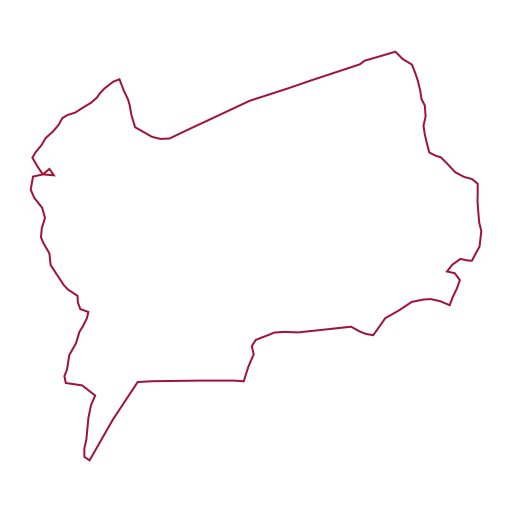 Limoeiro de Anadia, Alagoas, Brazil (Natural Earth projection)
{"feature_id": "56859067B58841982449000", "entity_name": "Limoeiro de Anadia", "entity_type": "district", "adm_level": 2, "iso_a3": "BRA", "parent_name": "Brazil", "parent_adm1": "Alagoas", "projection": "natural_earth1", "projection_center": [-36.471, -9.746], "detail": "fine", "context": "isolated", "style": "outline", "palette": "rose", "viewbox_px": 512, "rotation_deg": 0, "n_neighbors": 0, "source": "geoboundaries", "source_scale": "gbopen_adm2", "svg_char_len": 1678}
<svg xmlns="http://www.w3.org/2000/svg" viewBox="0 0 512 512"><path d="M395.4,51.7L364.4,60.8L359.9,64.3L320.8,77.2L309.4,81.0L287.0,88.7L249.9,100.7L189.2,129.1L169.5,138.5L160.4,138.9L151.9,136.8L135.1,127.2L131.4,115.0L129.7,105.2L128.0,99.4L123.9,90.9L119.5,79.3L113.2,81.7L104.8,88.2L100.3,92.8L96.9,97.6L91.0,102.8L83.1,107.5L75.2,112.6L67.6,115.0L62.3,118.1L58.8,124.6L53.0,131.5L45.6,138.1L41.6,145.0L35.4,152.5L32.4,157.7L37.7,166.8L42.9,174.4L33.0,176.6L30.7,189.7L34.3,197.9L42.1,207.7L45.0,217.9L41.8,228.2L41.0,237.3L43.3,242.9L49.4,253.4L50.6,265.0L63.8,285.1L67.9,289.5L77.5,295.8L77.9,302.4L80.3,309.1L88.4,312.0L86.9,318.2L82.9,326.3L79.4,331.9L76.0,343.3L69.3,355.0L67.0,369.6L64.4,376.1L65.8,383.0L82.2,385.4L95.2,395.6L91.0,405.1L88.4,418.0L86.3,439.9L84.3,448.6L84.4,456.9L89.6,460.3L112.8,419.7L137.7,382.0L153.1,381.2L200.2,380.6L234.0,380.6L243.7,381.3L248.4,366.6L253.7,354.3L251.8,346.1L255.7,340.0L261.5,337.6L268.8,334.9L274.2,332.6L283.6,331.9L298.2,332.4L351.1,326.7L359.7,331.5L365.9,333.9L373.2,335.2L379.3,326.7L385.2,318.2L390.2,315.4L398.9,310.4L411.8,301.9L423.6,299.5L430.9,299.1L440.2,301.2L449.7,305.2L452.6,297.4L456.7,288.9L459.9,280.1L454.7,273.2L447.0,271.5L452.3,264.7L460.5,258.9L466.6,260.3L471.9,260.8L475.9,253.1L479.5,246.6L480.4,239.1L481.3,231.0L479.2,222.5L478.1,209.8L477.5,201.0L477.7,194.0L477.7,183.8L471.9,179.0L464.3,177.0L455.3,172.3L447.3,163.8L440.9,157.3L435.6,155.7L429.3,152.5L426.8,143.0L424.7,133.9L423.5,125.9L425.6,116.4L424.8,105.5L421.5,99.1L420.3,91.1L417.9,80.9L414.9,72.1L411.9,64.6L402.5,58.9L395.4,51.7ZM42.9,174.4L49.4,168.9L53.8,175.3L42.9,174.4Z" fill="none" stroke="#9f1239" stroke-width="2"/></svg>